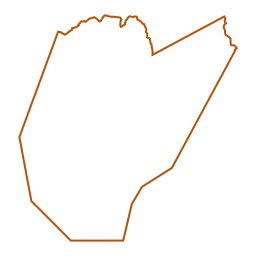 the district of Daulo District, Eastern Highlands, Papua New Guinea
{"feature_id": "67681753B69835988220980", "entity_name": "Daulo District", "entity_type": "district", "adm_level": 2, "iso_a3": "PNG", "parent_name": "Papua New Guinea", "parent_adm1": "Eastern Highlands", "projection": "albers", "projection_center": [145.254, -5.99], "detail": "fine", "context": "isolated", "style": "outline", "palette": "amber", "viewbox_px": 256, "rotation_deg": 0, "n_neighbors": 0, "source": "geoboundaries", "source_scale": "gbopen_adm2", "svg_char_len": 1930}
<svg xmlns="http://www.w3.org/2000/svg" viewBox="0 0 256 256"><path d="M123.2,240.6L131.8,204.0L142.1,186.7L171.8,168.0L223.7,71.8L235.0,50.8L235.0,49.6L236.6,48.7L236.6,47.8L234.8,45.8L233.9,45.3L231.4,45.3L230.7,44.4L230.5,38.5L228.7,36.8L225.7,34.9L225.0,32.4L225.0,30.6L223.8,27.6L223.8,25.8L224.5,24.7L226.1,23.3L224.9,22.2L224.7,20.3L225.4,18.7L224.2,16.5L152.5,54.9L152.6,52.6L152.5,51.0L152.4,49.8L152.0,48.0L151.7,47.2L151.7,45.3L151.3,44.4L150.6,43.4L150.2,41.3L150.1,40.4L150.0,38.9L149.2,38.2L147.7,37.7L147.0,37.3L147.2,36.9L147.2,34.6L147.1,33.4L146.2,32.3L145.9,31.4L146.2,30.6L146.2,28.9L146.0,28.2L145.3,27.2L144.7,26.3L144.4,24.7L144.3,24.3L143.7,24.1L142.9,23.8L141.5,22.3L140.8,21.4L139.9,20.9L137.4,19.4L137.1,18.6L136.9,17.0L136.2,16.6L134.5,16.4L133.3,17.1L132.6,16.9L130.9,16.5L129.6,16.4L128.5,17.0L127.9,17.8L127.2,19.1L126.8,19.6L126.1,20.2L125.6,20.7L125.4,21.5L125.4,22.2L125.0,22.7L125.1,24.1L124.3,24.8L123.5,25.3L122.7,25.7L121.7,26.7L120.8,26.8L120.8,26.4L120.3,25.7L120.3,25.0L120.4,24.1L120.4,23.7L120.4,22.6L120.6,21.3L121.2,19.7L121.4,19.3L120.9,18.5L120.3,18.0L120.0,17.5L119.5,17.5L118.3,17.3L116.9,17.2L115.8,17.1L114.4,16.7L113.2,16.8L112.1,16.7L110.3,16.7L108.9,16.4L108.4,16.1L107.2,15.8L106.1,15.6L105.2,15.4L104.4,15.5L103.6,16.5L102.9,17.3L102.1,18.6L101.2,20.1L101.0,20.9L99.8,21.5L99.0,21.1L97.9,20.2L97.5,19.5L96.4,18.5L95.5,17.9L94.4,17.3L93.5,17.4L92.5,17.8L91.3,18.3L89.4,18.5L87.6,20.3L86.7,20.8L86.2,21.4L85.7,21.7L85.0,21.6L84.2,21.1L83.4,21.5L82.5,21.6L81.4,21.4L80.4,22.2L79.9,23.4L78.9,24.0L78.6,24.6L78.8,25.3L78.4,25.8L77.7,25.8L77.1,26.7L76.2,27.0L74.1,27.9L73.1,28.1L72.1,28.3L72.0,29.4L72.0,29.9L71.4,30.3L70.2,30.6L69.9,31.3L68.8,31.7L68.1,32.3L67.3,33.2L66.3,34.0L65.6,34.4L64.5,34.6L63.7,33.8L62.1,33.4L61.4,32.5L60.1,32.0L58.1,31.8L34.0,97.4L33.0,99.9L19.4,137.1L31.4,201.1L40.2,209.9L70.8,240.6L123.2,240.6Z" fill="none" stroke="#b45309" stroke-width="2"/></svg>